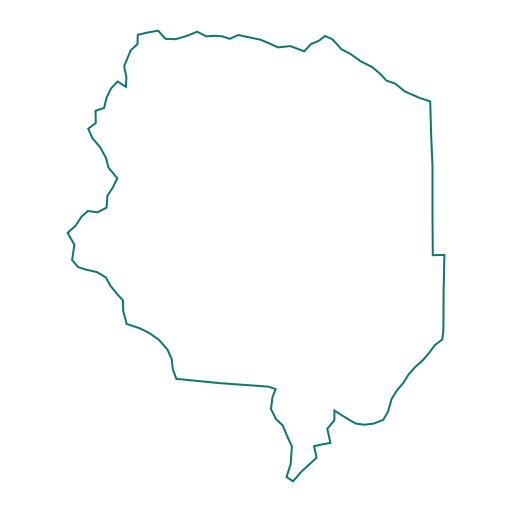 Treviso, Santa Catarina, Brazil (Natural Earth projection)
{"feature_id": "56859067B5615097343728", "entity_name": "Treviso", "entity_type": "district", "adm_level": 2, "iso_a3": "BRA", "parent_name": "Brazil", "parent_adm1": "Santa Catarina", "projection": "natural_earth1", "projection_center": [-49.498, -28.51], "detail": "fine", "context": "isolated", "style": "outline", "palette": "teal", "viewbox_px": 512, "rotation_deg": 0, "n_neighbors": 0, "source": "geoboundaries", "source_scale": "gbopen_adm2", "svg_char_len": 1525}
<svg xmlns="http://www.w3.org/2000/svg" viewBox="0 0 512 512"><path d="M137.8,34.8L137.5,44.0L130.7,50.4L124.1,66.3L126.4,77.2L125.9,86.8L117.6,81.5L111.2,88.3L106.6,97.4L104.1,107.9L95.5,110.9L95.8,122.9L88.3,128.7L92.2,137.9L100.3,147.5L106.1,158.2L108.5,167.7L117.3,178.2L112.9,187.4L107.4,195.7L106.6,207.6L97.5,212.3L87.9,211.0L81.6,216.6L75.5,225.8L67.6,232.8L74.4,244.8L72.1,260.1L78.3,267.2L86.4,269.7L97.0,272.1L105.8,277.4L110.6,286.0L117.3,294.2L122.9,300.4L123.2,310.9L126.7,324.0L139.9,328.3L149.5,333.2L158.9,339.8L167.4,349.5L171.7,359.1L172.8,369.2L176.4,378.9L219.2,383.1L268.2,386.6L275.6,389.1L272.4,397.5L271.0,409.1L276.1,419.2L282.9,425.6L286.5,434.6L291.9,446.6L290.6,464.4L286.5,477.0L293.1,481.3L300.7,472.3L309.3,464.4L316.6,457.7L314.1,446.2L322.2,444.4L330.4,442.9L327.3,428.8L334.4,420.2L334.4,410.6L349.1,419.8L355.9,423.6L364.5,424.7L373.7,423.6L383.3,419.8L388.0,411.6L391.6,399.0L396.7,390.8L403.5,382.7L408.6,374.4L415.4,366.8L422.8,360.2L428.4,353.8L434.8,345.2L442.3,339.4L443.4,330.2L443.6,291.8L444.4,254.9L432.8,255.2L432.5,215.3L432.5,197.5L432.5,176.3L432.5,166.2L431.2,136.4L430.2,101.4L419.8,98.0L405.1,91.6L395.1,83.6L386.4,80.6L380.8,74.4L372.2,67.1L360.7,61.3L350.2,53.8L341.5,49.3L332.4,39.2L325.0,36.0L319.0,40.7L311.1,44.0L304.3,51.3L290.3,46.1L278.1,47.4L269.6,43.5L260.5,39.7L249.0,37.3L238.4,35.0L229.7,38.8L222.1,36.3L214.9,35.8L206.2,36.3L197.1,31.7L187.2,35.8L175.6,39.2L165.4,38.8L158.2,30.7L148.2,32.4L137.8,34.8Z" fill="none" stroke="#0f766e" stroke-width="2"/></svg>